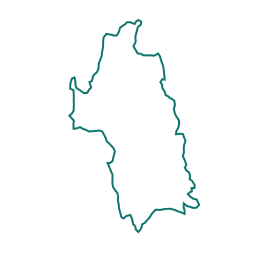 Boa Vista das Missões, Rio Grande do Sul, Brazil (Equal Earth projection), rotated 169°
{"feature_id": "56859067B43366987034812", "entity_name": "Boa Vista das Missões", "entity_type": "district", "adm_level": 2, "iso_a3": "BRA", "parent_name": "Brazil", "parent_adm1": "Rio Grande do Sul", "projection": "equal_earth", "projection_center": [-53.341, -27.704], "detail": "fine", "context": "isolated", "style": "outline", "palette": "teal", "viewbox_px": 256, "rotation_deg": 169, "n_neighbors": 0, "source": "geoboundaries", "source_scale": "gbopen_adm2", "svg_char_len": 2219}
<svg xmlns="http://www.w3.org/2000/svg" viewBox="0 0 256 256"><g transform="rotate(169 128 128)"><path d="M181.5,137.5L178.4,137.4L174.9,138.0L172.5,135.8L169.6,134.2L167.1,132.1L163.4,131.6L161.1,131.4L158.8,131.2L156.5,130.9L153.9,129.5L152.8,125.7L151.7,122.1L151.5,119.1L149.7,116.8L148.2,114.3L146.3,111.5L145.3,107.5L147.2,103.7L149.6,98.4L152.4,97.1L154.7,97.6L152.1,84.9L153.1,80.3L153.9,76.5L153.9,72.9L152.5,69.3L150.9,66.5L150.8,62.3L151.8,58.6L151.7,55.0L152.1,50.6L151.7,45.1L151.5,41.7L149.5,40.0L146.6,41.9L142.3,42.2L141.3,37.7L141.3,32.7L139.6,30.1L139.7,27.0L137.8,24.0L135.5,25.6L133.9,27.6L132.4,30.8L129.6,31.6L127.2,33.6L123.9,36.0L121.4,38.8L118.5,41.1L116.2,42.5L112.1,41.4L109.2,41.5L105.5,41.2L102.1,40.7L99.7,39.6L97.4,38.5L95.1,36.8L92.2,35.3L88.9,32.9L88.2,36.0L88.5,39.6L87.6,43.3L85.1,40.3L82.4,38.9L79.3,37.1L76.1,36.7L72.8,38.9L74.2,44.6L77.4,46.2L79.7,48.3L81.9,51.7L79.8,53.1L77.4,53.6L77.0,56.9L74.3,56.3L73.4,59.5L75.4,64.2L77.3,66.1L76.2,69.1L76.6,72.9L79.0,75.4L79.7,78.4L77.8,80.6L78.3,85.1L79.6,90.0L77.9,92.9L77.3,96.3L76.4,100.2L74.0,104.5L74.8,108.4L75.2,111.4L77.3,112.4L79.7,112.5L82.1,112.7L81.2,115.6L78.4,119.0L77.1,122.3L76.5,125.7L78.2,129.7L79.2,133.3L79.4,138.0L77.6,141.2L77.3,145.6L78.9,147.8L80.9,149.2L82.7,151.6L84.7,153.0L85.2,157.3L86.7,160.9L86.2,163.8L87.4,166.9L85.1,169.3L82.8,168.5L82.3,172.0L82.1,175.2L81.8,178.4L81.7,182.6L82.5,186.9L82.9,192.1L84.3,195.4L88.3,194.0L93.3,195.3L98.9,196.4L101.2,198.3L104.3,199.4L105.3,202.2L107.0,207.0L104.0,211.3L103.3,216.4L99.1,225.1L95.8,227.0L94.7,229.7L97.3,232.0L99.6,231.1L101.6,228.8L105.6,231.4L108.9,232.0L110.9,230.4L113.3,229.5L116.5,228.1L118.7,224.0L121.2,221.1L123.7,221.3L126.5,222.7L131.3,224.5L134.7,221.5L135.9,217.7L136.5,214.2L137.8,210.3L139.1,207.1L140.1,203.9L142.2,200.1L144.5,196.8L145.0,193.7L146.3,190.6L148.3,188.4L152.1,186.1L154.5,181.0L157.1,180.4L156.4,174.7L159.1,173.0L161.1,170.3L164.7,170.7L167.8,174.1L170.8,176.8L171.4,180.0L170.8,183.4L170.9,187.8L173.5,187.3L176.0,182.9L177.3,177.7L174.3,175.6L174.7,172.3L175.3,168.7L176.0,165.6L176.7,161.0L178.1,155.4L180.2,153.0L183.2,151.3L179.7,145.6L180.9,142.1L181.5,137.5Z" fill="none" stroke="#0f766e" stroke-width="2"/></g></svg>